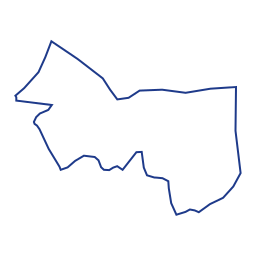 an SVG outline of Zərdab
{"feature_id": "AZE-1721", "entity_name": "Zərdab", "entity_type": "District", "adm_level": 1, "iso_a3": "AZE", "parent_name": "Azerbaijan", "parent_adm1": "", "projection": "equal_earth", "projection_center": [47.672, 40.244], "detail": "fine", "context": "isolated", "style": "outline", "palette": "blue", "viewbox_px": 256, "rotation_deg": 0, "n_neighbors": 0, "source": "natural_earth", "source_scale": "10m", "svg_char_len": 829}
<svg xmlns="http://www.w3.org/2000/svg" viewBox="0 0 256 256"><path d="M236.0,87.0L235.5,130.8L240.6,173.1L233.3,186.5L223.1,197.8L210.0,204.1L198.8,212.2L194.7,210.4L189.9,209.5L185.5,211.9L176.4,214.7L171.8,204.5L171.2,203.2L168.8,188.3L168.3,181.2L162.5,178.2L156.3,177.6L154.3,177.5L147.0,175.3L143.8,167.6L141.7,151.9L136.4,152.2L122.6,169.8L117.2,166.2L113.2,167.6L109.2,170.1L103.9,169.8L101.1,167.2L98.5,160.3L94.7,157.0L83.9,155.7L75.1,160.9L67.6,167.4L60.7,169.8L59.5,166.7L48.7,148.9L39.5,129.2L37.0,125.6L34.6,123.9L33.9,122.0L33.9,121.9L36.2,117.1L39.9,113.5L48.3,109.9L51.8,105.0L16.3,100.6L16.3,97.3L15.4,95.7L24.1,88.2L38.5,72.2L45.3,57.2L51.4,41.3L77.5,58.9L102.8,78.4L110.1,89.7L117.3,99.4L128.6,97.8L139.6,90.6L162.1,89.7L185.6,92.8L210.5,88.7L236.0,87.0Z" fill="none" stroke="#1e3a8a" stroke-width="2"/></svg>